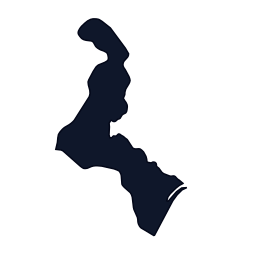 outline of Margibi, rotated 284°
{"feature_id": "LBR-789", "entity_name": "Margibi", "entity_type": "County", "adm_level": 1, "iso_a3": "LBR", "parent_name": "Liberia", "parent_adm1": "", "projection": "orthographic", "projection_center": [-10.158, 6.461], "detail": "fine", "context": "isolated", "style": "filled", "palette": "ink", "viewbox_px": 256, "rotation_deg": 284, "n_neighbors": 0, "source": "natural_earth", "source_scale": "10m", "svg_char_len": 2831}
<svg xmlns="http://www.w3.org/2000/svg" viewBox="0 0 256 256"><g transform="rotate(284 128 128)"><path d="M87.6,194.8L87.4,194.7L84.7,191.7L81.5,189.2L74.5,184.9L70.9,183.4L66.8,183.2L66.8,184.8L77.9,190.5L82.8,194.6L84.4,199.5L81.1,195.5L75.2,191.9L68.4,189.1L29.7,179.5L29.8,179.5L34.2,164.9L34.8,163.9L35.6,162.9L37.2,161.5L38.2,160.9L39.2,160.4L41.7,159.6L43.5,158.8L50.4,153.5L52.1,152.6L61.9,148.9L63.7,147.8L64.5,147.2L65.9,145.8L69.5,138.9L70.6,137.2L71.6,136.0L72.4,135.6L79.9,133.1L80.8,132.7L81.8,132.1L83.4,130.7L84.1,129.9L84.6,127.7L85.0,124.4L84.7,111.8L83.9,106.9L83.4,105.2L82.7,103.4L81.8,101.8L79.3,98.5L78.9,97.7L78.3,96.1L78.1,94.6L78.5,93.2L79.3,91.2L90.1,70.4L90.5,68.4L89.8,63.1L96.9,63.0L101.5,62.3L104.8,62.1L106.2,62.5L107.9,63.1L110.8,64.6L112.3,65.6L113.4,66.5L117.0,70.2L118.8,71.7L120.7,73.0L122.5,74.0L148.9,82.8L150.6,82.9L152.3,82.8L155.2,81.9L160.1,79.2L162.5,78.3L163.3,78.1L165.3,78.3L174.3,80.5L179.1,82.1L179.9,82.5L181.5,83.6L182.2,84.3L185.9,89.4L187.5,91.1L188.2,91.6L189.0,92.1L190.1,92.2L191.6,91.9L194.0,90.8L195.3,89.9L196.0,89.0L196.3,88.2L196.9,85.7L197.2,82.5L197.6,80.9L198.2,79.1L199.0,77.5L199.6,76.7L202.7,73.8L203.2,73.0L203.5,72.1L203.6,71.3L203.0,66.3L203.0,64.3L203.1,63.3L203.4,62.3L203.7,61.4L204.2,60.6L205.3,59.1L206.7,57.5L207.6,56.9L208.4,56.6L209.3,56.5L210.1,56.5L212.2,57.0L213.9,57.6L215.6,58.4L219.2,60.7L222.1,62.9L223.5,64.5L224.3,65.4L224.8,66.4L225.4,67.6L225.8,69.1L226.2,71.2L226.3,72.7L226.2,73.9L225.1,77.2L220.8,86.7L204.8,106.1L200.2,110.6L199.3,110.7L198.5,110.8L197.7,110.7L196.9,110.5L196.2,110.2L192.0,108.0L190.9,107.7L189.8,107.6L188.0,107.8L186.8,108.4L185.7,109.2L183.7,111.4L178.1,116.5L176.1,117.8L174.6,118.5L172.9,118.5L171.2,118.2L165.3,116.4L162.2,116.3L159.5,116.8L156.0,116.3L155.4,116.5L153.6,118.3L152.8,119.3L151.8,120.3L150.1,121.6L148.4,122.2L145.3,122.6L143.6,122.6L142.3,122.2L141.6,121.6L140.4,120.1L139.7,119.5L138.9,119.0L135.6,118.0L135.1,117.6L134.7,117.1L134.4,116.5L134.0,116.0L133.4,115.5L131.9,114.5L131.3,113.9L130.9,113.0L130.8,112.1L131.0,111.3L131.3,110.6L131.4,110.1L131.2,109.6L130.4,109.2L128.1,108.5L124.6,109.7L116.9,111.2L115.1,112.2L114.1,112.9L114.6,114.4L115.3,115.0L116.1,115.3L116.8,115.9L117.1,117.9L117.6,118.8L119.4,119.8L120.0,120.5L120.0,121.5L119.2,123.5L118.6,125.7L117.6,127.6L116.6,130.0L110.0,137.1L109.5,138.1L109.4,139.3L109.5,140.5L110.5,143.7L110.5,145.0L109.8,146.7L108.5,148.9L104.8,152.3L102.4,153.6L100.3,154.4L99.5,155.0L99.5,155.8L99.6,156.8L99.6,157.7L99.7,158.6L100.1,159.4L100.8,160.1L101.2,161.2L101.2,162.5L100.5,163.8L99.4,164.4L98.1,164.8L97.4,165.5L96.4,167.7L93.1,171.7L92.7,172.7L92.3,173.7L91.5,180.1L91.6,181.4L92.4,183.4L92.6,184.4L92.3,185.6L90.8,187.8L90.1,189.2L89.8,190.3L87.7,194.5L87.6,194.8L87.6,194.8Z" fill="#0f172a" stroke="#020617" stroke-width="1.5"/></g></svg>